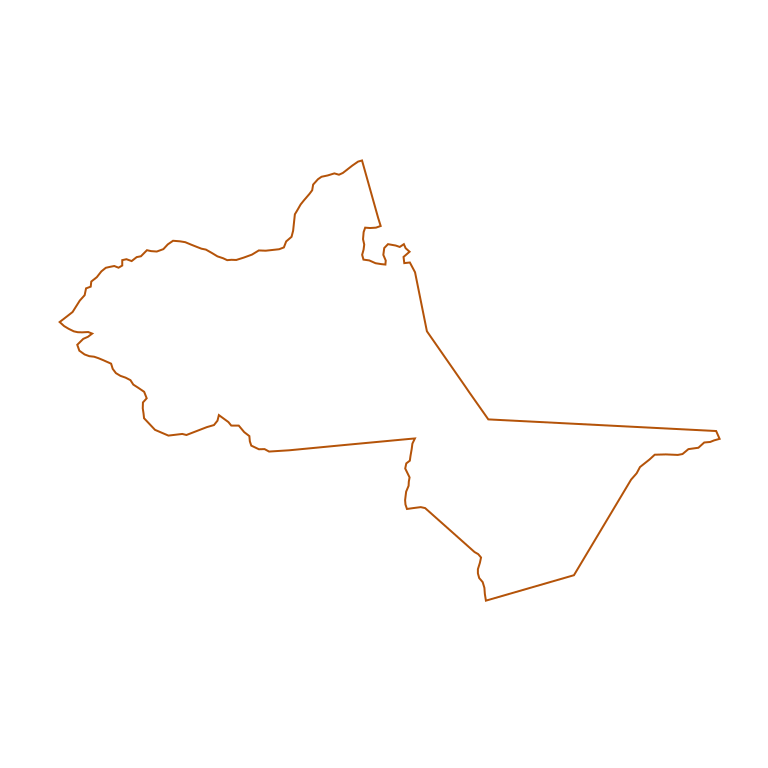 Guaraciaba do Norte, Ceará, Brazil, rotated 222°
{"feature_id": "56859067B84728913810343", "entity_name": "Guaraciaba do Norte", "entity_type": "district", "adm_level": 2, "iso_a3": "BRA", "parent_name": "Brazil", "parent_adm1": "Ceará", "projection": "robinson", "projection_center": [-40.863, -4.244], "detail": "fine", "context": "isolated", "style": "outline", "palette": "amber", "viewbox_px": 768, "rotation_deg": 222, "n_neighbors": 0, "source": "geoboundaries", "source_scale": "gbopen_adm2", "svg_char_len": 2481}
<svg xmlns="http://www.w3.org/2000/svg" viewBox="0 0 768 768"><g transform="rotate(222 384 384)"><path d="M136.2,505.4L135.5,512.6L127.4,520.3L118.2,527.9L115.3,531.7L114.2,539.3L107.7,547.0L106.9,554.8L102.8,559.2L101.0,562.9L97.9,567.8L105.7,571.3L282.8,427.5L315.6,435.0L321.3,436.4L387.4,451.9L435.7,487.8L446.1,491.6L449.8,487.4L454.5,491.5L453.5,499.4L458.8,499.4L462.8,501.2L464.0,496.4L468.0,494.7L474.6,490.6L474.8,485.2L470.9,479.5L465.3,476.9L462.9,473.7L466.2,471.3L471.1,468.1L477.6,466.0L482.5,462.7L486.7,465.4L489.1,470.2L492.0,474.4L496.5,477.6L500.8,483.3L502.6,487.6L498.7,490.6L494.6,494.8L492.2,499.2L499.3,503.4L549.9,535.4L552.1,531.9L553.7,525.1L554.5,520.6L555.8,513.3L557.5,509.4L561.8,507.3L565.4,501.3L569.1,496.2L570.1,492.0L570.1,484.8L567.0,479.9L566.6,475.3L566.4,467.0L566.1,461.7L564.6,454.7L563.8,450.5L554.1,437.1L551.2,431.5L552.1,424.5L549.8,418.5L552.1,414.0L557.8,407.6L561.1,403.9L566.4,399.5L568.7,391.8L572.8,384.1L576.8,377.3L580.5,374.2L583.4,371.1L587.7,369.8L593.2,367.4L599.6,366.2L606.3,364.7L610.2,362.4L615.2,360.5L620.6,358.5L626.6,356.4L631.1,353.5L636.6,349.3L638.1,343.1L638.2,336.6L641.5,330.4L646.0,326.9L649.7,324.8L650.1,316.3L652.7,312.8L653.8,306.5L658.9,304.4L661.4,300.9L657.8,296.9L659.1,292.8L663.4,291.2L666.1,287.6L668.5,284.2L669.4,278.6L668.9,271.2L670.1,264.3L667.1,260.1L669.4,255.7L665.9,249.7L665.9,242.5L664.6,234.9L663.6,229.1L666.5,213.0L660.5,213.0L655.3,214.0L649.7,215.6L646.2,217.6L642.8,220.5L638.6,224.7L634.6,226.2L635.6,221.0L637.7,216.3L638.2,207.9L632.7,204.9L626.3,205.6L621.6,207.5L617.7,210.3L613.5,212.1L609.0,213.7L600.4,216.5L595.7,213.7L590.5,212.7L585.3,213.7L580.3,215.8L575.0,217.2L569.9,215.8L564.4,216.7L557.0,217.7L550.8,214.6L550.8,209.0L547.0,204.5L543.1,201.3L539.4,198.0L523.5,196.7L509.7,201.4L500.5,211.9L496.7,213.9L486.8,233.4L482.9,239.7L483.2,245.3L485.9,250.4L474.2,251.6L469.7,250.9L464.1,255.9L455.7,254.7L449.2,255.2L445.3,251.6L441.4,249.4L433.3,251.8L429.2,255.7L424.2,256.9L410.1,271.3L371.1,313.8L328.9,359.6L324.6,364.2L323.0,358.7L319.9,354.2L316.2,348.3L313.5,344.3L314.3,339.9L311.7,335.4L302.5,331.7L300.2,328.0L297.6,324.8L295.5,318.8L290.6,311.8L287.4,308.8L283.3,306.5L279.2,311.4L274.3,317.1L270.4,319.3L204.3,319.7L200.2,320.6L195.8,320.0L193.1,315.3L190.3,309.2L187.5,306.1L183.4,303.5L178.1,302.8L173.0,299.7L168.5,295.4L163.3,291.2L114.9,369.0L136.4,478.3L136.5,486.7L138.2,493.6L136.2,505.4Z" fill="none" stroke="#b45309" stroke-width="2"/></g></svg>